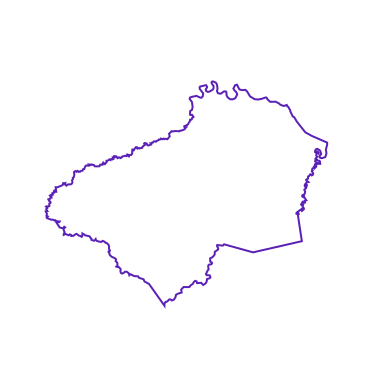 Parita, Herrera, Panama (Mercator projection), rotated 337°
{"feature_id": "35544464B83627234663474", "entity_name": "Parita", "entity_type": "district", "adm_level": 2, "iso_a3": "PAN", "parent_name": "Panama", "parent_adm1": "Herrera", "projection": "mercator", "projection_center": [-80.596, 8.035], "detail": "fine", "context": "isolated", "style": "outline", "palette": "violet", "viewbox_px": 384, "rotation_deg": 337, "n_neighbors": 0, "source": "geoboundaries", "source_scale": "gbopen_adm2", "svg_char_len": 6021}
<svg xmlns="http://www.w3.org/2000/svg" viewBox="0 0 384 384"><g transform="rotate(337 192 192)"><path d="M221.9,116.8L220.4,120.1L220.8,120.6L222.2,121.0L222.7,123.5L221.2,123.8L220.2,125.0L219.2,125.2L218.5,124.7L217.4,126.3L216.2,126.9L214.9,128.1L213.8,128.3L213.1,129.1L212.8,128.4L210.5,128.5L210.4,129.5L211.2,130.4L210.4,130.6L209.8,131.4L205.7,131.3L204.8,130.8L203.8,131.1L200.7,129.4L198.2,128.9L197.0,128.0L193.6,129.5L193.2,132.1L190.0,133.8L188.0,132.4L187.0,132.5L186.6,131.8L185.2,131.8L184.3,130.7L183.8,131.1L182.9,131.2L182.2,130.7L181.5,131.2L179.6,131.2L178.4,131.6L177.7,130.9L176.5,130.5L175.2,131.2L174.5,130.9L173.8,131.5L172.9,131.0L172.9,132.3L170.3,132.2L169.3,131.6L169.2,129.5L167.4,128.4L166.9,128.7L167.1,130.2L164.1,131.0L163.5,131.9L160.7,131.4L160.5,130.8L158.7,130.8L158.3,129.7L158.7,129.3L158.0,128.8L155.6,130.0L154.8,130.9L154.3,130.9L154.0,129.7L153.6,129.6L151.9,133.3L150.5,134.1L149.0,133.5L147.8,134.6L147.4,134.0L147.5,132.5L147.1,132.1L145.6,133.3L144.5,132.5L141.6,132.1L140.6,132.8L139.3,132.8L139.3,132.2L138.4,131.6L136.8,131.7L136.9,131.0L136.0,130.6L136.1,129.6L135.2,129.6L135.0,128.8L134.4,128.5L134.1,128.8L134.4,129.2L132.8,129.1L133.1,130.1L131.5,130.2L131.9,130.9L131.0,130.9L129.3,129.9L129.1,130.5L128.4,129.8L126.2,130.3L125.5,129.9L125.0,131.2L122.7,132.3L122.4,131.3L121.5,131.4L121.5,130.4L120.4,131.2L120.7,131.8L120.3,132.0L118.2,131.0L116.9,132.1L114.5,131.3L112.5,130.3L112.2,128.8L110.9,128.1L110.6,127.5L108.7,127.5L108.6,126.7L107.4,126.1L107.0,127.3L104.9,126.3L103.8,126.6L101.8,128.8L100.8,128.4L99.5,129.6L98.3,129.2L96.8,129.6L96.1,128.9L95.3,129.1L94.7,127.8L93.4,128.2L92.9,127.2L91.6,127.3L91.1,127.7L90.4,130.2L89.0,132.1L87.8,132.4L87.6,133.4L86.1,134.4L85.9,136.0L84.8,137.3L83.5,137.6L80.9,136.6L78.9,137.1L78.2,135.9L79.0,134.2L77.7,134.1L77.0,133.5L76.6,133.8L76.4,134.7L75.1,135.1L69.9,135.1L68.4,134.3L67.1,138.7L66.4,138.3L66.4,136.9L65.4,137.1L65.0,138.7L63.9,138.3L63.0,138.5L62.9,140.0L61.4,139.5L59.8,139.8L60.0,140.3L61.2,140.7L60.5,142.3L59.5,141.8L58.8,142.8L56.9,142.6L57.1,144.8L57.7,145.2L57.8,146.2L57.3,146.8L56.1,146.9L55.2,149.2L53.4,148.9L52.5,148.3L51.9,148.4L52.6,150.2L51.1,150.8L51.4,153.1L49.8,152.7L49.9,155.5L48.8,156.9L49.7,158.1L48.3,158.5L48.3,159.4L51.9,162.7L53.0,163.0L54.2,164.3L55.0,164.4L55.5,165.1L55.1,165.7L58.6,167.4L57.9,167.8L55.8,167.0L55.3,167.3L56.3,172.9L59.0,175.0L60.8,174.1L61.4,174.9L59.4,175.8L59.0,176.9L59.0,179.3L57.7,180.3L57.2,181.3L59.2,181.2L61.6,183.7L63.0,183.3L64.0,184.4L63.7,185.3L65.7,186.0L68.4,185.3L69.5,185.5L70.7,187.8L72.0,188.8L72.8,190.1L73.7,189.8L74.9,187.4L75.5,188.5L76.2,188.8L76.6,190.0L80.4,192.8L80.7,194.9L81.2,195.8L80.7,196.6L81.4,197.5L83.1,198.7L84.9,197.7L84.8,198.4L85.3,199.8L86.5,200.9L88.9,202.5L90.8,202.1L92.2,203.7L92.5,204.9L93.6,205.6L94.5,207.9L94.5,209.3L93.4,212.0L93.5,214.0L92.8,214.5L92.1,214.1L91.7,214.7L92.0,216.0L91.7,217.8L92.8,220.3L95.0,222.6L95.8,224.3L94.7,225.8L95.6,227.8L95.1,229.5L94.5,230.5L93.2,231.1L94.3,232.1L95.2,232.2L96.2,235.0L95.0,237.4L95.1,239.1L95.9,239.8L97.5,239.8L99.1,239.2L100.8,239.9L102.1,242.2L101.8,244.2L103.4,243.8L105.9,246.8L109.4,248.6L109.7,250.3L113.3,253.4L113.3,255.8L116.5,259.8L122.2,285.9L123.1,283.9L124.6,282.9L126.4,283.1L129.1,282.0L130.3,282.5L131.1,284.0L133.3,284.0L135.7,282.4L137.1,280.4L139.2,280.1L143.2,280.5L143.9,277.6L147.0,276.2L152.4,278.5L153.7,277.6L156.8,276.9L158.8,275.4L160.4,275.1L161.3,276.1L161.1,277.9L165.0,279.2L165.9,281.9L168.6,281.5L170.5,280.2L171.8,278.0L174.7,278.3L175.7,277.6L175.7,275.6L173.0,274.3L172.8,273.0L175.2,270.8L177.1,269.6L177.7,267.0L178.5,265.8L179.3,265.5L181.5,266.1L182.5,265.6L182.7,264.6L181.6,263.2L182.7,260.2L185.2,260.0L187.5,259.1L188.5,258.3L189.6,256.0L193.6,255.1L194.1,254.2L193.9,251.4L194.5,250.7L199.5,253.4L201.1,252.7L224.6,271.4L273.9,280.2L280.5,254.5L281.2,254.2L279.6,252.8L279.7,252.3L280.8,251.8L280.9,252.9L281.6,253.3L281.8,251.5L286.3,250.5L287.0,251.0L286.4,251.6L285.6,251.5L285.8,252.4L288.3,251.5L288.5,250.9L287.3,250.1L288.4,249.6L288.2,248.2L289.6,246.8L287.8,246.9L287.5,246.2L290.1,244.2L291.9,245.6L292.2,244.2L294.0,244.4L293.3,240.9L293.6,239.0L292.6,238.7L292.2,239.8L291.7,239.1L292.5,238.0L294.0,238.1L295.0,237.7L296.3,236.0L296.2,233.9L298.5,233.0L300.5,230.5L299.9,230.0L298.2,231.2L298.1,230.5L298.8,229.3L301.0,228.1L303.0,228.3L301.7,226.0L301.9,225.3L304.0,225.0L304.9,223.1L305.9,223.1L307.7,221.9L308.3,222.1L308.7,223.5L309.7,223.5L310.9,222.2L310.4,219.8L311.4,219.3L311.1,218.6L312.1,217.4L313.4,217.5L313.9,216.5L314.8,216.2L315.4,216.4L314.7,217.8L316.3,217.2L316.6,216.5L315.8,215.0L316.4,214.4L317.5,214.8L317.9,212.9L319.0,215.0L320.5,214.5L319.5,215.5L321.0,216.2L321.7,213.8L321.5,213.1L320.2,212.3L319.6,210.9L317.8,211.2L318.9,209.4L321.0,208.5L320.6,207.0L321.5,205.6L321.5,204.7L323.1,205.0L323.5,206.0L323.8,205.6L323.5,203.8L321.0,203.2L321.5,202.0L323.0,201.1L323.9,201.1L324.9,202.0L326.1,204.0L325.8,207.5L323.3,208.9L323.1,210.1L323.6,210.9L325.1,211.7L328.3,211.9L330.7,209.3L331.9,205.1L334.9,201.3L335.7,199.3L324.4,187.4L319.6,181.3L315.9,167.7L315.4,163.3L314.3,161.9L314.0,156.2L314.3,155.2L313.9,151.4L313.1,150.1L313.2,148.9L310.1,148.7L307.5,146.3L306.5,144.2L304.2,141.5L299.3,139.6L297.7,136.4L297.6,134.6L297.0,133.8L292.2,133.4L289.0,132.7L286.0,131.1L282.8,126.7L282.0,121.0L281.0,118.8L278.1,117.9L275.7,116.1L275.3,110.8L273.3,110.6L270.5,113.0L270.8,115.1L271.8,117.4L271.8,119.8L268.5,122.6L265.5,122.6L263.2,121.4L261.8,118.7L261.6,116.5L262.7,113.4L262.3,112.5L260.5,111.9L256.9,112.8L254.5,111.2L254.4,108.9L256.0,106.6L257.0,102.6L256.6,100.6L254.9,98.7L253.7,98.2L252.8,98.7L252.6,99.7L253.2,103.0L252.4,104.9L251.1,105.9L247.2,106.4L245.6,106.0L244.5,104.6L244.7,102.9L246.5,101.8L247.0,101.0L246.7,99.1L240.7,98.1L239.9,98.6L239.4,100.0L240.8,105.6L239.3,108.1L237.6,108.9L236.5,108.4L233.7,105.3L228.8,104.3L227.0,104.3L226.2,105.4L227.1,109.2L225.8,114.0L224.2,116.3L221.9,116.8Z" fill="none" stroke="#5b21b6" stroke-width="2"/></g></svg>